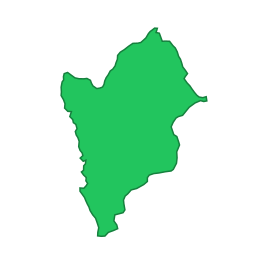 Santa Cecília, Paraíba, Brazil, rotated 328°
{"feature_id": "56859067B96891568897649", "entity_name": "Santa Cecília", "entity_type": "district", "adm_level": 2, "iso_a3": "BRA", "parent_name": "Brazil", "parent_adm1": "Paraíba", "projection": "natural_earth1", "projection_center": [-35.927, -7.733], "detail": "fine", "context": "isolated", "style": "filled", "palette": "green", "viewbox_px": 256, "rotation_deg": 328, "n_neighbors": 0, "source": "geoboundaries", "source_scale": "gbopen_adm2", "svg_char_len": 1902}
<svg xmlns="http://www.w3.org/2000/svg" viewBox="0 0 256 256"><g transform="rotate(328 128 128)"><path d="M45.1,203.4L48.0,205.7L51.2,207.4L56.0,206.1L61.1,207.2L65.9,207.9L67.1,204.3L66.8,199.3L70.8,194.7L78.9,197.2L82.0,195.8L84.4,189.9L86.0,186.7L89.5,184.2L92.9,183.7L97.9,182.2L103.3,183.9L111.4,184.3L116.1,183.6L118.1,180.4L121.0,179.2L125.7,180.3L130.6,182.6L136.3,184.8L141.8,187.3L144.5,187.1L150.4,183.6L153.8,179.3L156.7,174.0L162.7,169.7L163.5,166.9L164.9,161.1L163.3,157.9L165.2,149.9L169.3,147.1L174.0,145.0L176.8,145.0L181.0,146.2L190.9,142.8L198.2,142.3L204.0,143.2L206.3,145.7L209.2,146.8L210.9,142.9L207.5,141.9L204.7,139.4L203.7,136.6L203.2,132.9L202.9,128.5L202.8,125.0L202.0,121.1L201.7,115.9L203.9,114.7L207.3,113.4L207.2,109.5L206.8,105.2L207.9,101.6L208.9,97.5L208.9,94.0L210.1,89.6L210.5,85.2L209.7,81.8L209.2,76.5L205.7,74.1L203.0,72.6L204.2,67.0L204.8,64.2L202.4,61.9L205.7,59.0L203.5,57.4L200.8,57.7L198.0,57.9L195.5,58.7L190.9,61.1L184.3,62.3L181.3,61.3L177.0,58.8L171.9,59.0L166.3,59.6L161.7,59.6L157.7,60.9L155.4,64.1L152.2,66.5L150.0,68.5L146.3,70.0L143.2,70.2L139.4,72.4L136.1,73.8L133.2,75.8L130.8,78.3L128.1,79.8L125.2,79.2L122.4,78.0L120.6,73.8L120.7,70.9L121.4,67.6L119.4,64.2L116.6,62.9L112.5,60.2L109.6,57.4L108.1,53.7L106.2,48.9L102.7,48.1L100.5,50.2L98.9,53.1L96.6,54.0L94.8,55.9L92.9,58.0L90.6,62.2L88.5,65.0L88.3,69.8L87.4,74.1L84.8,77.5L85.8,82.0L88.7,84.1L84.7,87.5L85.6,91.6L84.5,94.5L85.7,97.3L84.4,101.6L81.5,103.0L80.4,106.4L80.4,109.6L79.5,113.5L76.3,117.7L75.5,121.6L75.9,124.8L75.1,127.5L71.5,128.2L72.4,132.5L75.2,133.0L72.9,135.8L70.4,136.6L67.9,140.3L65.2,140.6L65.4,144.3L66.3,147.9L64.3,150.5L64.4,153.6L61.9,154.8L58.6,155.7L55.5,153.4L53.8,156.2L54.1,160.4L54.3,164.0L53.7,167.2L53.2,171.1L53.0,174.3L52.1,178.0L52.1,183.1L52.7,187.3L51.6,192.2L50.4,197.0L47.2,200.4L45.1,203.4Z" fill="#22c55e" stroke="#15803d" stroke-width="1.5"/></g></svg>